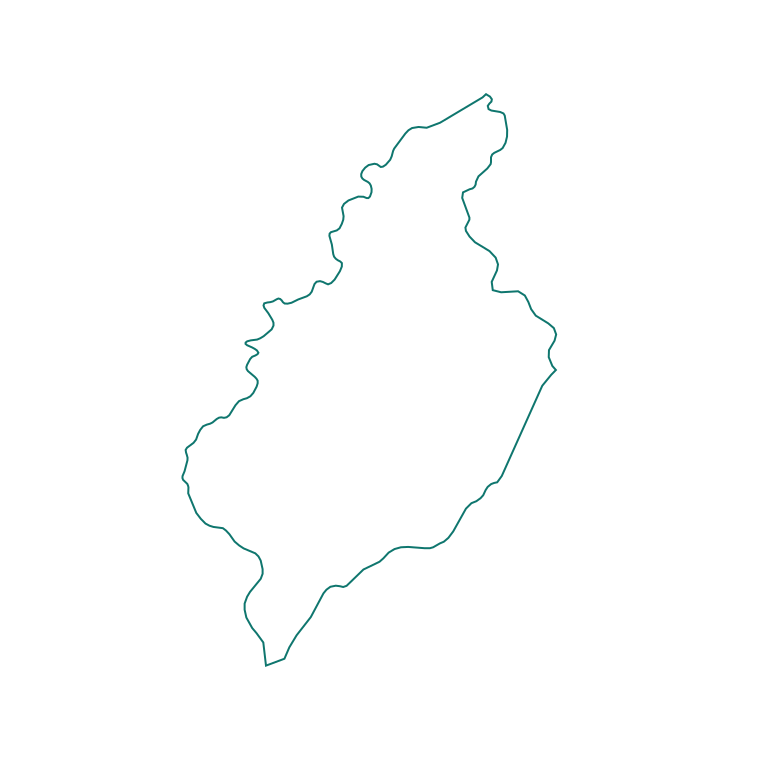 outline of Arad, rotated 117°
{"feature_id": "ROU-276", "entity_name": "Arad", "entity_type": "County", "adm_level": 1, "iso_a3": "ROU", "parent_name": "Romania", "parent_adm1": "", "projection": "equal_earth", "projection_center": [21.659, 46.275], "detail": "fine", "context": "isolated", "style": "outline", "palette": "teal", "viewbox_px": 768, "rotation_deg": 117, "n_neighbors": 0, "source": "natural_earth", "source_scale": "10m", "svg_char_len": 3334}
<svg xmlns="http://www.w3.org/2000/svg" viewBox="0 0 768 768"><g transform="rotate(117 384 384)"><path d="M278.9,252.4L285.3,249.4L291.5,242.2L293.5,237.2L299.9,239.2L313.7,242.2L412.5,237.3L420.2,238.5L422.1,240.9L424.5,243.1L428.6,244.9L432.4,245.3L438.0,245.1L441.8,246.1L446.5,248.5L450.5,252.0L457.8,254.4L483.9,255.4L491.9,256.8L497.4,259.1L500.6,261.8L507.2,266.1L509.5,268.6L511.8,273.1L518.2,288.5L521.8,294.8L526.3,299.7L532.1,303.3L539.6,305.4L544.4,307.3L558.6,318.1L580.8,325.7L583.4,328.2L584.2,331.5L585.6,335.4L589.0,339.7L593.4,341.9L598.0,342.9L624.9,343.4L647.6,347.8L661.6,348.8L674.0,348.0L688.5,361.3L669.1,374.2L663.9,384.4L661.3,390.6L654.6,400.6L648.4,405.7L642.9,408.5L635.7,409.4L630.1,409.0L613.5,405.4L608.2,406.0L604.1,408.1L597.3,413.7L594.6,417.6L593.3,421.8L594.2,434.4L593.6,439.8L592.2,445.6L588.0,453.6L586.3,458.3L585.6,462.1L588.8,471.1L589.5,475.1L589.4,479.7L587.3,486.0L584.1,492.7L570.3,508.8L564.9,511.3L563.7,512.3L562.3,513.9L560.6,519.5L559.3,520.9L557.5,521.7L552.3,522.1L541.2,524.5L538.8,525.6L536.7,527.5L534.9,529.3L532.8,530.8L530.2,530.6L522.9,527.0L518.8,526.2L512.8,527.0L508.2,526.9L503.8,526.0L500.6,523.4L498.3,520.9L496.1,519.3L491.2,517.2L488.9,515.7L487.6,513.9L486.8,511.2L485.1,509.1L482.1,507.7L470.3,506.7L465.1,505.4L461.4,502.4L458.9,499.7L455.6,497.5L451.3,496.4L444.2,496.3L440.7,496.9L438.4,498.1L437.2,500.0L436.3,502.4L434.3,511.0L433.2,513.0L431.5,514.3L429.1,514.7L422.5,514.6L419.6,513.8L416.9,511.5L414.8,510.2L413.2,510.1L411.8,512.4L411.4,515.1L411.3,518.3L411.6,523.6L411.1,525.6L409.9,526.1L408.1,525.3L405.6,522.5L402.0,517.2L399.4,515.0L396.0,512.9L386.3,508.9L382.1,509.0L379.6,510.3L377.5,512.7L373.5,519.1L370.5,525.2L368.7,527.0L366.5,527.3L364.3,524.9L362.7,522.5L360.9,520.5L357.1,518.0L355.8,516.9L355.4,515.1L355.9,513.2L357.0,511.2L357.4,509.1L356.2,506.4L353.6,503.3L347.6,498.8L340.9,492.6L337.9,490.9L334.6,490.3L326.5,491.3L323.5,490.5L321.4,487.7L320.8,484.7L320.8,481.7L320.6,479.1L318.0,476.9L313.4,475.4L303.5,474.5L298.5,474.9L295.4,476.4L294.7,478.6L294.7,481.3L294.3,483.8L293.2,486.3L291.3,488.2L283.4,493.8L276.8,499.9L274.7,500.7L272.8,500.2L268.6,495.8L265.5,494.3L260.4,494.3L256.1,494.9L252.8,496.2L245.9,501.5L241.7,501.4L236.6,499.0L228.7,492.0L226.5,487.3L226.2,483.8L225.4,482.3L223.3,481.6L218.8,482.2L215.8,483.6L213.2,485.8L211.8,487.9L211.3,490.1L211.2,494.5L210.7,496.6L209.5,498.4L207.3,499.6L204.1,499.9L199.8,499.0L195.9,497.1L192.1,492.5L191.4,489.9L192.1,485.4L190.8,483.6L187.8,481.9L181.4,480.3L177.7,480.5L172.2,481.7L169.6,481.8L151.2,478.7L146.8,477.4L143.2,475.2L139.3,469.9L136.3,462.3L125.8,452.7L83.9,426.3L79.5,424.7L79.8,420.1L81.3,417.2L83.6,416.5L86.3,417.4L89.1,417.8L91.6,415.6L91.6,412.5L88.9,404.0L88.7,400.4L90.0,398.3L101.7,389.6L104.4,388.3L107.7,386.7L114.0,385.2L119.9,385.4L122.7,386.7L128.0,390.7L130.4,391.8L133.4,391.6L137.7,389.4L139.7,388.8L145.1,389.8L156.1,394.1L162.0,393.9L164.7,392.9L167.2,392.9L169.6,393.9L171.6,396.1L177.4,400.6L182.7,398.8L197.0,383.4L198.9,382.5L207.6,382.5L210.4,380.5L213.8,374.7L216.4,367.3L217.7,350.3L220.7,341.9L225.7,336.7L231.5,334.9L244.1,334.4L251.0,329.7L249.1,321.3L240.5,306.6L241.2,298.7L245.4,292.6L250.5,286.9L254.2,279.8L255.4,265.2L257.1,258.0L261.7,253.1L268.0,251.7L278.9,252.4Z" fill="none" stroke="#0f766e" stroke-width="2"/></g></svg>